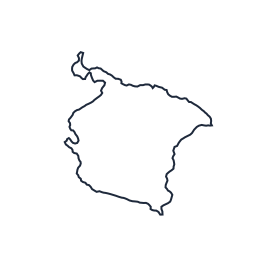 Vila Pavão, Espírito Santo, Brazil, rotated 50°
{"feature_id": "56859067B60026023213016", "entity_name": "Vila Pavão", "entity_type": "district", "adm_level": 2, "iso_a3": "BRA", "parent_name": "Brazil", "parent_adm1": "Espírito Santo", "projection": "albers", "projection_center": [-40.648, -18.607], "detail": "fine", "context": "isolated", "style": "outline", "palette": "slate", "viewbox_px": 256, "rotation_deg": 50, "n_neighbors": 0, "source": "geoboundaries", "source_scale": "gbopen_adm2", "svg_char_len": 3246}
<svg xmlns="http://www.w3.org/2000/svg" viewBox="0 0 256 256"><g transform="rotate(50 128 128)"><path d="M98.1,185.5L100.7,186.2L102.6,185.7L105.0,185.4L107.1,184.4L109.1,184.6L110.7,185.7L112.6,185.3L114.6,183.7L117.4,184.0L119.5,185.4L121.7,186.1L123.4,186.1L124.8,187.0L126.0,188.9L126.4,191.7L127.5,193.6L128.7,195.0L129.9,196.5L132.2,196.5L134.0,197.3L136.5,196.8L138.2,197.8L140.3,197.3L142.6,195.8L144.8,196.0L146.7,194.6L149.0,194.4L151.7,194.8L154.4,193.9L156.7,193.1L158.1,190.5L160.3,189.3L161.8,188.3L163.2,187.0L165.0,185.6L167.4,183.9L169.4,182.6L172.0,180.9L174.9,179.2L177.3,177.6L178.6,176.4L180.0,175.5L181.9,174.5L184.5,173.4L186.9,171.7L189.2,169.4L190.8,167.9L192.8,166.9L194.3,165.4L195.6,164.1L196.9,162.4L198.9,161.4L200.6,161.2L202.9,161.2L204.6,162.8L206.4,162.2L207.9,161.1L209.5,159.4L211.9,158.6L215.0,159.0L216.5,157.2L214.0,155.3L211.6,154.5L209.8,153.0L210.0,150.6L210.5,148.7L211.3,145.7L211.5,143.0L210.5,141.1L209.2,139.2L207.7,137.0L205.2,136.6L203.2,136.9L201.6,137.6L199.7,137.3L197.6,137.4L195.9,135.7L194.7,133.6L193.7,131.6L191.9,130.6L189.7,130.1L188.2,128.0L188.1,126.3L188.1,124.1L188.4,121.8L188.4,119.3L186.9,117.9L185.6,115.9L183.8,114.8L182.0,113.8L179.7,113.3L178.7,111.6L177.9,109.1L174.5,107.9L172.4,104.5L173.3,101.9L172.1,99.0L171.6,97.2L171.1,94.6L171.5,92.2L171.7,90.4L172.3,87.9L173.1,84.6L173.0,82.2L172.4,80.3L171.8,78.4L171.6,76.5L171.4,74.6L171.8,72.2L173.0,69.6L175.1,67.9L176.5,66.6L177.5,64.9L178.8,63.7L179.9,62.1L177.7,61.6L176.1,59.8L174.1,58.5L171.8,58.2L169.5,58.6L167.4,58.6L165.8,59.0L163.9,59.1L161.6,59.7L158.9,60.0L156.2,60.6L154.2,61.2L152.5,61.9L150.6,62.5L148.6,63.1L147.3,64.5L145.4,64.5L143.0,64.4L141.6,65.5L140.4,67.9L138.8,69.3L136.9,70.0L135.0,70.8L133.9,72.4L132.3,74.3L130.2,75.1L128.0,75.5L125.6,74.9L123.7,74.0L122.3,75.3L119.0,76.0L116.3,78.0L113.9,79.2L112.5,80.2L113.1,81.7L113.3,83.4L111.7,83.1L110.0,83.4L108.2,84.0L107.0,85.3L105.8,86.7L104.8,89.0L103.0,91.1L102.3,94.1L100.6,95.9L98.7,97.2L96.8,98.0L95.2,99.3L94.6,101.7L93.3,102.7L91.6,103.5L89.5,104.3L88.3,103.1L86.4,102.5L84.0,103.9L82.3,105.8L79.8,106.4L77.7,106.6L75.5,107.3L73.7,108.5L71.4,108.8L68.7,110.2L64.9,110.7L63.3,112.1L61.7,112.8L61.2,114.8L60.2,116.1L59.0,117.8L58.8,120.4L56.7,121.4L54.8,122.0L52.2,122.7L48.9,122.0L46.7,120.5L45.4,119.1L43.6,116.7L41.7,114.1L39.5,115.5L39.6,117.4L40.1,119.9L42.9,120.6L44.8,122.3L44.9,124.9L44.3,126.5L44.4,128.8L45.4,131.5L46.7,132.8L48.1,133.9L50.9,134.4L53.3,135.1L54.7,133.3L56.4,132.2L57.8,131.5L59.5,131.5L61.4,131.2L62.9,129.4L61.9,127.9L61.4,126.0L60.8,124.1L60.6,121.8L62.2,121.3L63.5,122.3L66.2,123.3L69.2,124.2L71.4,124.1L72.1,121.1L73.8,119.0L75.7,116.8L78.5,116.4L80.1,118.6L80.4,120.3L80.8,122.2L82.1,124.7L84.6,125.2L85.3,127.4L85.3,129.6L85.1,131.9L85.0,133.8L84.9,135.8L85.1,137.6L84.8,139.9L84.1,142.8L83.4,145.1L83.3,147.2L82.8,149.6L82.6,151.8L82.4,153.7L81.5,155.5L81.1,157.9L81.3,160.2L82.4,162.0L82.9,164.1L83.3,165.9L83.5,167.7L84.6,169.1L87.0,169.3L88.6,170.4L89.5,172.1L91.7,172.8L93.3,172.9L94.6,171.6L96.7,171.6L98.9,172.2L101.8,172.3L104.0,173.0L105.9,174.0L106.8,176.5L105.9,178.5L104.0,179.7L101.9,179.9L99.5,179.6L97.7,179.8L97.4,181.8L98.3,183.1L98.1,185.5Z" fill="none" stroke="#1e293b" stroke-width="2"/></g></svg>